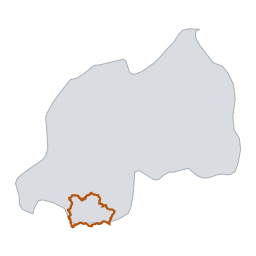 location of Nyaruguru, Southern, Rwanda
{"feature_id": "39286606B69204186902764", "entity_name": "Nyaruguru", "entity_type": "district", "adm_level": 2, "iso_a3": "RWA", "parent_name": "Rwanda", "parent_adm1": "Southern", "projection": "mercator", "projection_center": [29.568, -2.686], "detail": "fine", "context": "in_parent", "style": "outline", "palette": "amber", "viewbox_px": 256, "rotation_deg": 0, "n_neighbors": 0, "source": "geoboundaries", "source_scale": "gbopen_adm2", "svg_char_len": 6093}
<svg xmlns="http://www.w3.org/2000/svg" viewBox="0 0 256 256"><path d="M95.6,65.0L99.3,65.0L123.3,59.2L125.7,61.0L129.6,72.2L131.7,73.8L135.0,74.2L141.8,71.6L154.2,62.9L159.6,57.6L165.9,50.1L174.1,41.7L178.6,34.4L183.0,30.1L188.8,28.8L195.3,29.1L199.7,29.3L196.1,31.0L195.3,36.4L199.5,45.0L213.3,62.8L222.1,66.0L227.9,73.0L233.5,84.6L235.2,99.2L232.8,116.7L234.2,129.7L239.3,138.3L240.6,149.4L238.2,163.0L235.3,171.2L231.8,173.9L227.9,174.9L222.6,174.0L216.1,175.1L209.0,177.7L204.6,178.1L201.8,177.6L196.6,175.4L188.4,168.3L173.1,172.2L168.9,172.1L163.3,175.5L158.7,179.6L155.9,179.9L153.1,179.3L139.9,171.0L135.0,171.3L133.1,194.6L130.8,207.6L128.1,213.4L118.7,219.0L109.1,222.1L103.9,221.9L83.0,223.7L74.8,223.7L70.3,221.8L64.4,208.5L53.3,202.7L42.6,199.9L38.3,200.7L34.4,207.6L32.8,213.8L22.5,209.5L19.4,204.3L19.1,195.4L15.4,183.3L17.5,178.1L21.5,174.7L30.1,168.3L43.1,159.4L45.9,155.2L47.8,148.1L46.9,131.7L45.7,117.8L47.2,112.8L53.2,102.1L61.2,91.1L70.5,79.5L76.1,78.4L83.5,74.0L91.3,67.5L95.6,65.0Z" fill="#d9dde1" stroke="#a8b0b8" stroke-width="1"/><path d="M114.6,211.1L114.0,210.7L113.5,210.5L113.2,210.2L112.9,210.0L112.9,209.9L112.5,209.7L112.3,209.6L112.1,209.3L111.9,209.3L111.1,209.6L110.5,209.5L109.8,209.7L109.5,209.4L108.8,209.1L108.1,208.7L107.4,208.7L107.4,208.3L107.4,208.1L107.2,207.9L106.9,207.9L106.6,207.4L106.0,206.9L105.9,206.7L106.1,206.3L106.3,205.6L106.0,205.1L105.1,205.3L104.9,205.2L104.3,205.5L104.0,205.5L103.9,205.7L103.6,205.8L103.5,206.0L103.2,206.2L103.0,206.5L102.8,206.5L102.9,206.4L102.7,206.3L102.6,206.0L102.6,205.9L102.6,205.7L102.6,205.0L102.7,204.7L102.5,204.4L102.4,204.4L102.3,204.0L101.9,203.9L101.6,203.9L101.1,204.1L100.7,204.0L100.3,203.5L99.9,203.7L99.6,203.6L99.3,203.7L99.1,203.2L99.6,202.8L99.7,201.9L99.7,201.5L99.4,201.2L99.2,200.7L99.3,200.5L99.8,200.1L100.1,199.7L100.3,199.0L100.1,198.6L99.7,197.7L99.3,197.2L98.8,197.1L98.6,196.5L98.6,196.2L98.5,195.6L98.0,195.6L97.8,195.0L97.6,195.0L97.3,195.3L96.9,195.3L96.2,195.0L95.6,194.8L95.4,194.6L94.9,194.7L94.5,194.3L94.2,194.4L93.5,194.6L92.6,194.1L92.4,193.8L91.7,193.4L91.6,192.8L90.8,193.0L90.7,193.3L90.6,193.5L90.5,193.9L90.3,194.1L90.2,194.0L90.0,194.3L89.8,194.4L89.6,194.2L89.5,194.3L89.3,194.4L89.2,194.5L89.2,194.8L89.1,195.0L88.9,195.0L88.4,195.0L88.1,195.3L87.6,195.3L87.4,195.5L87.3,195.4L87.2,195.5L86.9,195.5L86.9,195.8L86.5,195.9L86.2,196.3L86.1,196.9L85.7,196.8L85.3,196.9L84.8,197.4L85.1,197.7L85.3,198.1L85.5,198.4L85.5,198.6L85.2,198.8L85.0,198.6L84.9,198.7L84.7,198.8L84.3,199.0L84.1,199.3L84.0,199.2L83.8,198.9L83.5,198.9L83.2,199.1L83.0,198.9L82.9,199.1L82.7,199.0L82.5,199.3L82.6,199.7L82.5,200.2L82.5,200.3L82.3,200.3L82.1,200.4L81.6,200.4L81.0,199.8L80.7,199.3L80.9,199.1L80.8,198.7L80.7,198.5L80.7,198.3L80.3,198.2L79.9,198.3L79.6,197.8L79.3,198.0L79.0,197.8L79.0,197.6L79.1,197.4L79.0,197.1L78.8,197.0L78.6,197.0L78.4,195.9L77.3,195.5L76.8,195.7L76.1,195.7L75.8,195.5L75.8,195.2L75.1,195.2L74.9,195.2L74.2,195.5L73.7,195.7L73.3,195.5L73.2,195.3L73.0,195.2L72.3,195.2L71.9,195.4L71.8,196.0L71.6,196.2L71.6,196.6L71.6,196.8L71.5,197.0L71.0,197.5L70.7,197.6L70.3,197.7L70.2,197.8L69.8,197.6L69.5,197.8L69.3,198.2L69.2,198.2L69.3,198.5L69.5,198.7L69.7,199.1L69.4,199.4L69.5,199.6L69.7,200.0L69.9,200.1L70.5,199.8L70.7,200.0L70.7,200.4L70.9,200.6L71.0,201.3L71.3,201.5L71.8,202.1L71.7,202.4L71.9,202.6L71.8,203.1L72.0,203.3L72.3,203.9L72.1,204.2L72.0,204.6L71.6,204.9L71.1,205.4L71.0,206.4L70.5,207.1L70.7,207.5L70.8,207.8L70.4,208.2L70.2,209.0L69.8,209.3L69.1,209.4L68.7,209.3L68.0,209.6L67.9,210.5L68.3,210.8L68.6,210.6L68.9,210.8L69.1,211.5L69.3,211.6L69.6,211.7L69.7,212.0L69.7,212.4L69.9,212.7L69.8,212.9L70.2,213.1L70.1,213.3L70.1,213.7L70.2,214.1L70.3,214.2L70.5,214.4L70.8,215.0L70.5,215.4L70.0,215.9L69.4,216.2L69.2,216.2L69.0,216.4L68.7,216.4L68.5,216.6L68.4,216.8L68.5,216.9L69.3,217.5L69.2,218.0L69.0,218.4L68.9,218.7L69.0,218.8L69.3,218.9L69.6,218.8L70.0,219.3L70.3,219.2L70.3,219.8L70.1,220.2L70.3,220.4L70.7,220.9L70.8,221.4L71.1,221.8L70.8,222.4L70.5,222.5L70.6,223.0L70.6,223.3L70.8,223.4L71.0,223.6L71.1,223.9L71.2,224.0L71.6,224.8L71.6,225.0L71.5,225.5L72.0,225.9L71.9,226.0L71.6,226.2L71.6,226.4L72.0,226.4L72.3,226.4L72.4,226.9L72.6,227.2L72.9,227.0L73.4,227.0L73.3,226.5L73.8,226.2L73.9,225.8L74.0,225.6L74.2,225.2L74.4,225.2L74.5,225.1L74.7,224.8L75.0,224.8L75.4,224.6L75.5,225.0L75.8,225.2L76.0,225.0L76.5,224.7L76.7,224.4L76.9,224.5L77.1,224.4L77.3,224.3L78.0,223.9L78.0,223.7L79.4,223.3L79.5,222.8L79.8,222.8L79.8,222.7L80.1,222.5L80.5,222.7L81.2,222.6L81.6,222.8L82.0,222.8L82.2,223.2L82.3,223.3L82.9,223.7L83.0,223.8L83.7,223.6L84.1,223.8L84.2,223.6L84.4,223.6L84.5,223.7L85.1,223.1L85.5,223.0L85.7,223.4L86.2,223.8L86.8,224.0L87.3,224.4L87.3,224.5L87.8,224.9L87.9,225.2L88.1,225.3L88.5,225.3L88.7,225.8L89.0,226.0L89.4,226.0L90.4,226.0L90.5,225.8L91.0,225.8L91.2,226.0L91.3,225.9L91.4,226.0L91.7,226.0L91.8,226.1L92.0,225.7L91.8,224.9L91.9,224.7L92.1,224.7L92.3,224.8L92.8,224.8L94.4,224.1L94.9,224.0L95.3,224.1L95.5,223.9L96.3,223.3L96.9,223.1L97.0,223.1L97.0,223.6L97.3,223.7L97.5,223.5L97.9,223.7L98.0,223.5L98.3,223.6L98.9,223.5L99.1,223.6L99.2,223.9L99.6,224.0L99.9,223.9L100.0,223.9L100.3,223.6L100.5,223.6L100.6,223.4L100.9,223.5L101.6,223.2L101.9,222.8L102.0,222.6L102.0,222.4L102.4,221.8L102.6,221.6L103.1,221.5L103.2,221.4L103.5,221.4L104.0,221.5L104.9,221.4L105.3,221.6L105.5,221.8L105.9,221.8L106.2,222.1L106.5,222.2L106.5,222.3L106.7,222.5L107.0,222.7L107.7,222.8L108.1,223.1L108.2,223.5L108.4,223.5L108.7,223.7L108.8,223.7L109.2,223.8L109.4,223.8L109.5,223.9L109.5,223.7L109.6,223.3L109.4,223.1L109.4,222.8L109.3,222.7L109.2,222.8L109.1,222.5L109.3,222.3L109.3,221.8L109.5,221.6L109.6,221.1L109.7,220.8L109.8,220.7L110.0,220.7L110.1,220.2L110.3,220.0L110.6,219.9L110.7,219.7L110.8,219.3L110.9,219.1L111.0,218.7L110.7,218.5L111.0,218.3L110.9,218.0L111.2,218.0L111.2,217.8L111.2,217.4L111.5,217.0L111.5,216.8L111.4,216.6L111.5,216.5L112.0,216.2L112.0,215.4L112.0,215.2L112.3,214.9L112.8,214.6L113.1,214.3L113.5,213.5L114.2,212.8L114.4,211.9L114.5,211.2L114.6,211.1Z" fill="none" stroke="#b45309" stroke-width="2"/></svg>